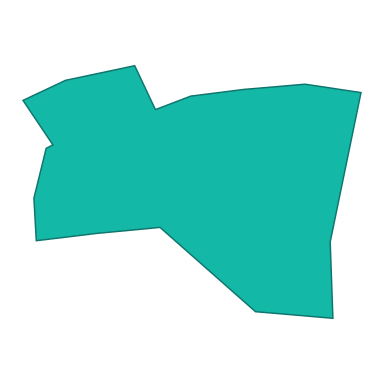 Almalik city, Tashkent, Uzbekistan
{"feature_id": "79887680B75027378773615", "entity_name": "Almalik city", "entity_type": "district", "adm_level": 2, "iso_a3": "UZB", "parent_name": "Uzbekistan", "parent_adm1": "Tashkent", "projection": "equal_earth", "projection_center": [69.57, 40.824], "detail": "fine", "context": "isolated", "style": "filled", "palette": "teal", "viewbox_px": 384, "rotation_deg": 0, "n_neighbors": 0, "source": "geoboundaries", "source_scale": "gbopen_adm2", "svg_char_len": 334}
<svg xmlns="http://www.w3.org/2000/svg" viewBox="0 0 384 384"><path d="M134.7,65.7L65.6,80.3L23.0,100.4L52.9,144.9L46.2,148.3L33.9,198.2L36.3,240.7L95.8,233.5L160.0,227.4L255.5,311.7L332.9,318.3L330.2,241.9L361.0,92.6L305.0,84.2L244.0,89.4L190.8,96.1L155.4,109.6L134.7,65.7Z" fill="#14b8a6" stroke="#0f766e" stroke-width="1.5"/></svg>